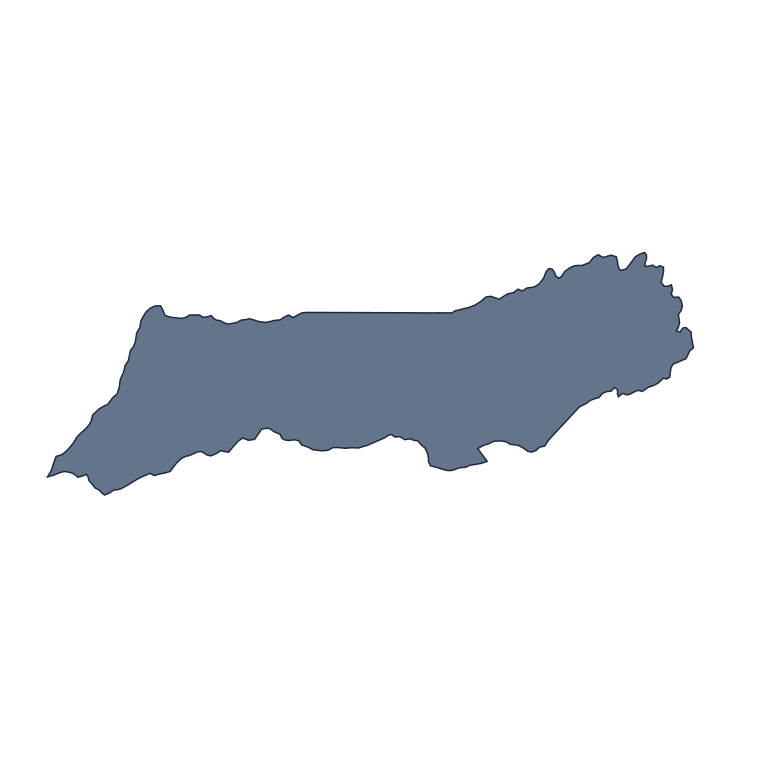 outline of Senador La Rocque, Maranhão, Brazil, rotated 207°
{"feature_id": "56859067B35743322866998", "entity_name": "Senador La Rocque", "entity_type": "district", "adm_level": 2, "iso_a3": "BRA", "parent_name": "Brazil", "parent_adm1": "Maranhão", "projection": "equal_earth", "projection_center": [-47.144, -5.381], "detail": "fine", "context": "isolated", "style": "filled", "palette": "slate", "viewbox_px": 768, "rotation_deg": 207, "n_neighbors": 0, "source": "geoboundaries", "source_scale": "gbopen_adm2", "svg_char_len": 3843}
<svg xmlns="http://www.w3.org/2000/svg" viewBox="0 0 768 768"><g transform="rotate(207 384 384)"><path d="M641.6,148.5L637.0,152.7L633.0,157.5L629.2,160.9L624.8,162.4L621.4,163.0L618.4,163.0L614.3,162.0L610.6,165.5L608.3,168.4L605.6,167.0L603.0,164.0L599.8,162.8L594.1,160.2L589.4,160.2L586.1,158.8L582.6,158.2L579.2,162.1L576.7,166.8L573.7,168.7L570.9,171.2L565.8,178.6L562.6,184.1L559.4,188.9L556.8,192.3L554.4,195.2L551.9,198.2L547.2,198.1L542.3,202.6L538.5,205.5L534.8,209.1L533.9,214.5L532.8,219.9L530.6,225.9L527.5,229.9L525.0,231.8L519.4,238.8L515.5,241.1L510.1,240.3L505.7,241.3L501.8,245.9L499.2,250.5L496.2,251.2L491.5,252.7L490.0,259.4L487.8,267.6L485.1,271.8L479.3,272.3L474.2,275.9L473.4,281.9L472.5,288.2L469.2,290.8L466.1,292.4L459.7,291.6L453.9,292.0L450.1,289.2L446.6,289.2L443.0,290.5L438.8,293.5L434.3,294.8L429.9,292.4L426.7,292.8L422.3,293.3L417.8,293.1L410.1,295.8L407.3,297.3L403.7,299.6L400.8,304.0L397.0,306.1L393.4,307.6L389.2,309.2L383.8,312.6L377.5,315.5L373.7,319.4L371.2,321.5L366.9,326.7L363.3,331.1L358.8,336.6L357.0,340.0L354.5,342.4L350.1,341.7L346.2,344.2L343.2,344.2L340.3,343.8L335.8,347.0L331.6,347.4L328.1,348.7L324.5,347.1L318.2,345.5L313.7,341.9L310.8,338.3L309.2,335.1L305.4,332.2L300.1,333.4L296.2,334.1L289.1,335.4L285.5,337.0L282.6,339.3L278.6,343.8L273.6,346.7L270.3,350.9L266.1,353.8L261.2,357.5L256.9,361.9L271.1,369.0L267.5,374.5L263.7,378.1L260.2,382.7L257.5,384.4L253.8,386.5L248.4,388.0L244.2,387.5L240.9,388.8L236.5,390.3L230.9,390.2L225.3,389.3L221.4,390.5L218.5,393.6L216.6,398.5L212.7,401.6L211.8,409.3L199.5,452.3L197.2,455.5L194.5,459.1L193.1,462.5L190.5,465.6L186.3,469.6L185.0,474.9L182.4,478.1L178.5,480.6L176.9,485.4L173.4,485.0L171.6,481.4L169.3,479.0L167.3,483.9L163.1,484.4L160.1,486.7L158.0,489.9L154.7,493.8L150.5,494.6L146.8,501.4L143.8,504.3L140.3,509.0L137.8,515.9L134.4,516.8L132.5,519.7L135.5,528.1L135.7,532.6L126.4,543.7L126.6,552.1L124.7,556.8L127.7,560.7L130.6,564.2L133.9,569.6L137.6,570.6L140.7,571.4L143.3,569.3L143.7,564.7L147.5,563.9L147.5,568.3L148.3,572.4L151.0,576.5L153.3,579.6L152.6,584.5L153.6,588.9L157.1,593.3L161.0,595.2L165.2,592.7L168.9,594.4L169.8,599.2L173.0,602.8L175.9,599.5L179.1,598.4L183.4,600.6L184.6,606.5L185.9,610.8L188.0,615.0L191.9,614.7L194.4,611.3L198.6,611.9L201.6,609.2L204.5,607.3L206.4,610.1L206.9,614.7L208.8,618.2L211.6,619.5L214.5,616.5L217.8,611.6L219.4,601.9L220.5,596.3L224.9,592.5L228.3,594.6L231.9,599.4L234.7,602.8L240.0,602.0L246.4,596.1L251.8,596.5L254.9,591.7L256.1,585.4L261.4,579.5L265.2,577.6L267.8,575.9L270.9,572.4L273.9,566.6L274.7,560.3L276.5,557.4L280.1,558.4L282.6,560.8L286.2,562.7L289.4,561.8L290.6,557.6L289.8,550.9L291.1,543.9L292.8,540.8L294.9,538.0L300.0,534.6L303.1,529.6L307.6,529.4L310.3,523.9L314.8,520.4L317.4,516.1L319.8,511.8L323.9,511.3L328.7,510.6L332.7,507.7L334.8,502.4L338.6,495.8L343.4,490.4L350.8,484.1L353.7,481.8L355.7,478.2L362.7,474.7L369.4,471.3L372.5,469.6L380.1,465.8L410.9,450.3L484.7,413.0L489.0,410.5L491.8,407.0L495.2,401.9L500.3,402.1L503.2,398.5L505.7,393.9L510.1,391.2L514.0,387.8L517.6,385.0L520.8,383.9L524.3,382.7L529.5,381.9L533.5,381.1L536.2,378.8L540.2,376.1L542.9,372.2L549.8,366.7L554.3,365.9L558.7,366.1L562.5,364.8L565.7,365.2L569.0,366.5L572.0,363.6L575.3,361.3L580.0,361.7L585.3,358.8L588.5,357.3L590.6,353.7L594.0,350.6L604.0,346.8L609.9,345.6L612.6,347.6L615.0,349.9L618.6,352.2L623.3,349.7L626.7,345.5L628.7,340.2L629.2,335.1L629.3,330.3L627.2,323.4L627.5,317.1L624.6,308.4L624.2,303.2L625.2,299.2L624.0,294.6L622.4,288.8L623.1,283.0L621.5,277.3L621.0,268.2L618.4,260.9L617.3,254.1L619.5,248.6L620.9,240.5L623.4,237.3L626.5,232.6L629.5,224.0L628.2,218.4L628.2,213.8L629.6,208.5L631.6,203.2L633.4,197.8L633.9,191.2L635.0,185.5L636.6,180.1L638.9,174.8L643.3,170.6L642.2,162.1L641.2,156.3L641.6,148.5Z" fill="#64748b" stroke="#1e293b" stroke-width="1.5"/></g></svg>